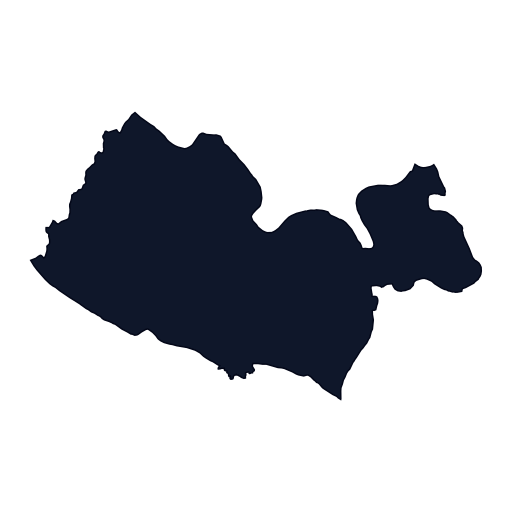 the district of Munshiganj, Dhaka, Bangladesh
{"feature_id": "16705992B99884694518333", "entity_name": "Munshiganj", "entity_type": "district", "adm_level": 2, "iso_a3": "BGD", "parent_name": "Bangladesh", "parent_adm1": "Dhaka", "projection": "natural_earth1", "projection_center": [90.458, 23.527], "detail": "fine", "context": "isolated", "style": "filled", "palette": "ink", "viewbox_px": 512, "rotation_deg": 0, "n_neighbors": 0, "source": "geoboundaries", "source_scale": "gbopen_adm2", "svg_char_len": 6037}
<svg xmlns="http://www.w3.org/2000/svg" viewBox="0 0 512 512"><path d="M462.1,289.2L462.7,288.5L465.6,287.5L473.8,283.1L475.0,281.7L478.1,279.3L478.8,277.9L479.9,276.4L480.8,274.3L481.3,271.0L481.1,267.3L480.1,265.0L478.7,262.9L476.4,261.1L474.7,260.2L472.5,257.4L469.2,248.7L463.8,236.9L463.0,234.0L462.9,232.6L462.2,230.5L462.5,228.6L462.4,227.8L461.7,226.0L458.0,222.8L457.2,221.7L456.4,221.0L455.9,219.9L453.1,216.9L451.7,216.0L451.4,215.6L450.6,215.3L447.1,212.7L445.6,212.0L440.1,211.0L434.8,211.1L433.3,210.8L432.2,210.5L430.2,209.4L428.9,207.9L428.1,204.7L427.9,198.6L428.5,195.9L429.1,195.1L430.1,194.5L434.1,193.5L436.4,193.8L437.8,193.7L438.5,194.1L439.4,194.0L440.5,194.9L441.3,195.1L444.2,195.4L444.8,195.3L445.0,194.7L444.9,192.8L445.3,191.9L445.3,191.2L444.5,188.0L443.7,187.1L438.7,176.7L437.7,172.0L436.5,169.0L433.8,164.7L432.5,165.6L430.3,166.6L425.7,167.6L423.2,167.8L420.2,167.3L419.9,167.0L418.5,166.6L415.0,164.3L412.5,170.9L411.9,171.3L410.7,171.6L410.2,171.9L405.9,177.6L403.0,180.5L401.5,181.7L397.0,184.4L392.3,185.7L390.3,186.0L385.0,185.5L378.1,185.4L369.0,187.1L366.1,188.4L361.7,191.2L358.9,194.1L358.2,195.2L357.1,198.0L356.7,199.8L356.3,203.2L357.4,209.7L359.0,213.4L360.4,215.6L360.9,217.7L362.2,220.6L364.5,224.6L367.3,228.3L370.2,233.7L373.3,241.1L373.8,243.1L374.0,245.0L373.2,247.3L371.6,248.6L369.0,248.9L365.3,248.5L363.0,248.7L362.0,248.4L361.0,245.3L360.0,243.1L358.1,241.1L357.1,239.7L355.8,236.8L351.6,229.4L346.0,223.0L344.3,221.6L343.1,221.0L343.1,220.7L340.6,219.5L339.6,219.5L336.0,217.6L330.5,215.2L329.3,213.9L327.9,211.9L324.1,210.8L322.1,210.4L316.5,209.9L314.4,210.3L310.7,210.2L307.6,210.8L306.8,211.2L305.5,211.1L296.6,213.4L291.4,215.7L288.8,217.3L285.0,221.0L278.9,228.1L275.7,230.6L273.8,231.7L271.7,232.6L267.0,232.7L264.7,231.9L262.3,230.7L258.0,227.2L256.4,224.7L252.8,220.9L251.3,217.1L251.4,215.7L252.8,213.4L255.9,210.0L259.3,206.8L260.1,205.7L260.7,203.9L261.6,199.1L261.7,197.6L261.0,191.4L260.1,187.1L255.7,179.5L252.4,176.4L251.8,175.2L250.3,173.5L247.8,169.7L244.0,164.7L239.1,159.7L235.0,154.0L232.5,152.0L228.2,146.8L226.6,145.5L224.2,144.1L221.1,137.3L220.2,136.2L216.3,135.0L213.8,135.1L206.4,134.5L203.0,133.2L201.8,133.3L200.0,134.3L199.3,134.9L192.5,144.9L190.1,146.7L186.9,148.3L184.6,148.8L178.0,147.1L175.0,145.8L172.6,144.4L168.8,141.6L166.8,139.6L164.5,136.3L159.1,131.2L156.0,129.0L153.9,126.7L150.1,124.4L140.3,117.4L135.0,112.6L131.8,115.1L128.8,119.6L125.9,122.2L124.7,123.8L122.5,127.8L121.8,130.1L120.3,132.9L119.7,132.9L118.6,132.4L117.9,131.8L116.7,130.0L116.3,129.8L108.7,132.3L107.2,131.8L106.0,131.2L105.2,131.5L104.2,134.1L103.0,135.8L102.9,136.4L103.0,137.6L103.8,138.9L104.2,140.2L104.0,141.9L103.5,143.5L103.6,147.7L104.0,148.7L103.3,151.9L102.8,152.7L101.7,153.1L100.0,152.7L99.1,151.9L98.5,151.9L98.1,152.3L96.9,154.3L95.5,155.5L95.1,156.3L94.9,158.5L95.2,161.5L94.5,163.7L92.2,165.1L89.8,167.6L87.7,169.3L86.1,171.3L85.9,172.8L86.0,175.1L85.1,178.2L85.1,179.6L85.8,182.0L85.9,183.1L85.6,183.7L83.4,185.3L82.1,188.9L81.0,189.5L78.7,189.8L76.7,192.5L73.9,193.2L73.3,194.4L72.4,194.7L71.9,195.1L71.6,198.5L70.7,202.0L69.8,204.2L69.7,206.1L70.1,209.5L70.0,212.8L69.4,214.7L69.0,217.6L68.5,218.6L67.0,219.6L61.5,221.6L58.4,224.1L56.7,223.5L54.6,221.2L53.1,220.6L52.5,222.3L49.4,227.6L46.1,227.6L46.0,229.0L46.1,230.9L46.4,231.8L47.1,232.6L48.8,233.8L48.8,236.5L49.6,239.6L49.7,241.6L49.6,243.0L49.2,244.1L46.9,246.2L47.1,249.0L46.9,251.2L45.5,255.8L44.8,257.2L43.8,258.0L41.4,255.6L40.3,255.3L38.5,256.3L35.9,258.3L30.7,260.3L34.1,265.9L37.1,269.9L45.4,279.4L49.9,283.7L52.9,285.9L55.7,287.4L59.5,290.5L69.6,297.4L78.9,303.2L86.4,308.6L88.3,309.5L91.4,311.8L94.6,313.1L98.3,315.5L99.2,315.7L101.1,317.1L102.2,318.4L104.3,319.8L109.1,321.4L112.0,322.7L113.2,323.5L115.3,324.2L121.9,329.0L127.5,331.9L131.1,334.1L132.0,334.0L134.7,335.2L136.9,334.9L138.3,334.2L141.6,331.8L145.8,329.4L147.6,329.0L148.6,329.4L152.7,332.3L155.9,335.6L158.1,338.7L158.9,339.4L160.8,340.8L164.2,342.5L169.5,344.0L172.5,344.5L176.8,345.7L186.9,347.4L195.2,350.1L200.0,352.8L203.6,356.2L205.9,357.8L210.5,360.6L213.1,361.7L217.4,364.5L219.7,365.7L218.4,367.7L218.2,368.6L218.3,369.0L220.1,368.8L221.9,368.2L223.4,368.4L224.2,368.2L224.6,370.2L225.2,370.6L227.1,371.2L226.9,372.6L227.7,372.9L228.6,374.2L228.7,375.8L229.1,376.5L229.4,376.7L230.3,376.0L230.5,376.2L230.5,377.2L230.1,378.5L230.6,379.1L231.2,379.2L232.7,378.9L233.1,378.2L233.4,376.5L233.9,375.7L234.3,375.2L235.6,375.0L236.2,374.3L236.7,375.0L238.3,375.2L238.8,375.7L240.9,376.7L241.1,377.2L243.9,378.3L245.4,378.0L245.4,375.4L245.9,375.0L245.5,373.1L245.7,372.7L248.4,371.8L248.9,372.2L249.1,373.2L249.5,373.5L250.1,373.4L251.4,372.8L252.5,372.8L252.8,371.6L254.2,370.7L254.3,369.7L252.3,366.4L252.3,365.6L252.9,363.5L258.0,363.5L262.4,364.1L266.3,364.1L278.0,367.5L281.8,367.8L284.4,368.4L292.5,371.8L296.2,373.9L298.5,374.8L303.7,375.9L306.9,375.0L308.3,375.1L310.9,376.8L314.1,380.1L314.8,380.5L316.7,382.4L317.8,382.7L319.2,383.7L322.1,387.2L323.3,388.3L332.9,394.5L336.1,396.0L337.2,396.7L338.2,397.8L340.7,399.4L340.8,398.9L340.7,390.9L340.9,387.8L342.3,384.0L343.3,380.1L344.9,377.1L346.5,373.1L347.9,370.9L349.7,369.1L352.9,362.3L353.7,361.4L354.8,359.5L356.3,357.4L360.8,350.2L363.0,347.8L364.6,345.5L366.6,343.1L368.6,339.1L369.7,337.5L371.2,331.7L372.4,329.1L373.3,319.9L372.4,314.5L372.3,310.7L373.1,310.2L374.2,310.3L375.7,309.7L376.7,305.5L377.5,303.2L377.8,300.8L377.6,299.0L376.8,297.1L375.9,296.6L374.9,296.4L372.0,296.4L372.0,294.2L371.7,293.1L370.9,288.1L371.2,286.1L371.8,285.8L376.6,285.4L380.0,286.1L381.7,287.2L382.2,286.8L383.2,286.7L385.0,285.3L387.1,284.2L391.8,283.8L392.3,284.0L393.5,286.7L395.1,289.1L397.8,290.7L401.2,291.2L402.4,290.8L405.2,290.5L410.0,288.7L413.2,285.3L413.8,282.6L414.4,281.6L416.2,280.2L421.8,278.5L424.3,278.3L427.0,279.0L430.8,280.7L432.0,281.3L434.6,283.7L441.3,287.9L444.5,289.4L446.5,289.8L448.4,290.9L449.2,290.9L452.5,291.9L453.7,291.8L455.3,292.2L457.5,292.1L461.7,291.3L462.1,289.2Z" fill="#0f172a" stroke="#020617" stroke-width="1.5"/></svg>